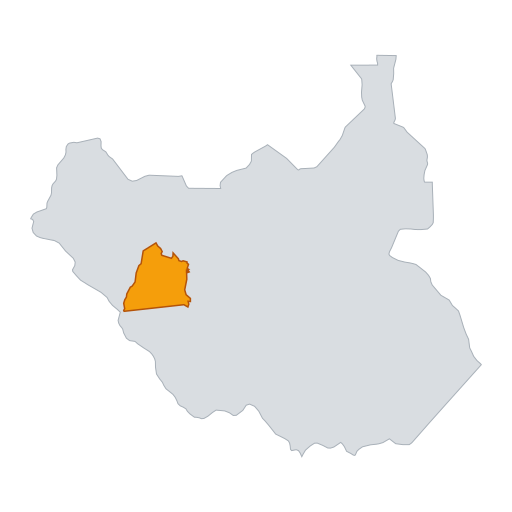 Wau, Western Bahr el Ghazal, South Sudan shown in context
{"feature_id": "79223893B74023037447504", "entity_name": "Wau", "entity_type": "district", "adm_level": 2, "iso_a3": "SSD", "parent_name": "South Sudan", "parent_adm1": "Western Bahr el Ghazal", "projection": "robinson", "projection_center": [27.449, 7.398], "detail": "fine", "context": "in_parent", "style": "filled", "palette": "amber", "viewbox_px": 512, "rotation_deg": 0, "n_neighbors": 0, "source": "geoboundaries", "source_scale": "gbopen_adm2", "svg_char_len": 4286}
<svg xmlns="http://www.w3.org/2000/svg" viewBox="0 0 512 512"><path d="M429.0,423.2L412.5,442.0L411.4,443.1L409.3,444.6L402.6,444.6L395.7,443.7L389.4,438.8L382.9,442.6L378.8,443.8L376.4,444.2L370.6,444.8L362.5,446.8L358.9,449.3L356.9,451.3L355.3,455.0L354.4,455.4L353.0,454.9L350.9,453.5L346.6,451.3L344.4,446.7L342.4,443.9L340.7,442.4L333.9,447.0L330.5,448.1L327.8,448.0L322.8,445.4L317.3,443.1L314.5,443.2L310.3,445.9L305.5,450.1L303.0,454.3L301.8,456.7L300.1,452.9L298.5,450.6L296.2,449.7L291.6,450.6L290.5,449.3L290.2,446.0L289.6,443.1L288.4,440.9L284.8,438.6L275.7,434.1L268.6,425.1L265.1,421.0L262.5,418.3L258.8,411.2L254.6,406.3L249.6,404.1L246.2,405.2L242.8,410.4L236.3,415.3L233.3,415.5L229.5,412.8L224.7,410.9L216.1,410.1L212.6,412.4L207.9,416.2L204.0,418.4L201.5,418.7L199.3,417.8L196.7,417.3L194.4,417.2L189.8,413.8L187.4,411.3L185.9,408.8L183.3,407.2L180.2,405.8L178.0,403.7L177.0,401.0L175.3,397.5L173.0,394.4L166.0,388.8L163.9,385.5L162.4,382.3L159.6,378.8L156.5,374.0L155.5,367.1L155.4,361.5L154.7,358.9L153.4,356.3L151.9,354.1L149.5,351.6L143.8,348.0L137.8,343.9L135.0,341.4L129.6,340.6L126.4,338.2L123.7,333.0L122.6,328.8L119.9,325.5L118.7,323.1L118.1,320.4L120.3,312.2L117.1,309.2L112.5,305.4L109.1,301.3L107.1,297.5L101.1,292.4L88.1,284.9L80.5,280.1L76.4,275.7L72.8,271.5L72.5,269.8L74.8,265.6L75.2,262.1L73.3,258.3L65.5,251.0L59.2,243.1L54.5,240.6L43.2,238.4L39.9,237.5L36.5,236.0L33.2,232.5L32.0,228.2L33.7,221.5L32.6,219.4L30.7,218.8L31.3,217.4L33.4,214.1L36.9,212.0L46.3,208.7L46.8,207.4L47.0,203.1L47.8,201.1L51.0,195.2L51.5,192.9L51.6,187.9L52.1,185.6L53.0,183.9L55.6,181.0L56.5,179.2L56.9,175.4L56.6,167.8L57.9,164.9L63.8,158.0L65.4,154.9L66.0,152.2L65.9,149.4L66.3,146.6L68.0,144.0L69.5,143.1L73.9,142.3L76.9,142.8L97.6,138.1L100.0,138.8L101.1,141.6L101.0,146.0L101.3,148.2L102.5,149.7L105.8,151.8L108.0,155.3L109.2,156.6L112.6,159.0L128.0,179.3L132.3,181.2L136.6,180.5L144.9,176.3L149.1,175.2L178.5,176.4L181.8,175.8L182.0,175.9L186.4,186.0L188.6,188.3L220.7,188.5L220.1,185.6L220.5,182.3L226.2,176.1L227.0,175.4L231.9,172.4L236.8,170.4L246.1,168.1L249.5,164.5L251.4,161.1L251.5,154.5L252.7,153.4L254.9,151.9L265.7,146.0L267.5,144.7L286.6,158.4L297.3,169.3L298.0,169.8L298.5,170.0L299.1,169.7L299.6,169.2L300.9,168.7L305.4,168.5L314.1,168.0L316.9,166.7L334.3,147.3L338.7,141.1L339.8,139.9L342.3,135.5L344.9,127.9L345.4,127.0L364.4,108.9L365.0,107.4L365.2,106.3L362.3,100.2L361.7,97.1L361.5,92.3L362.1,84.8L361.8,80.1L361.6,78.9L361.4,78.6L350.8,65.2L377.6,65.1L377.6,63.4L377.5,62.9L377.0,61.3L376.7,59.1L376.7,58.0L376.9,56.9L376.9,56.3L376.8,55.7L376.9,55.3L396.2,55.6L395.9,59.3L393.6,68.2L393.7,73.6L393.2,79.6L392.5,81.5L391.6,82.9L391.2,83.6L391.2,84.3L395.4,118.4L395.1,119.8L394.1,121.9L393.8,122.6L393.7,123.2L394.2,123.6L403.1,127.2L403.5,127.5L403.9,127.8L407.1,132.2L424.7,148.3L425.3,149.1L427.1,154.2L427.3,155.0L427.4,156.2L427.4,157.2L426.9,160.2L427.1,161.6L427.4,162.5L427.6,163.5L427.6,163.8L427.5,164.6L424.9,170.5L424.1,174.6L423.8,178.2L424.0,180.2L424.3,181.5L424.5,182.0L424.8,182.2L432.3,182.2L432.3,184.1L433.4,214.9L433.4,218.3L433.2,222.7L432.3,224.4L430.1,226.8L427.5,229.0L420.7,229.6L415.0,229.5L411.0,229.0L405.5,228.8L400.3,229.3L398.4,231.2L391.6,247.6L389.5,251.7L388.9,254.0L389.6,255.5L392.3,257.5L398.1,260.4L404.9,262.1L409.9,262.9L413.3,263.7L416.0,264.5L425.6,272.0L428.6,275.4L430.4,278.5L430.8,281.7L432.2,285.0L440.9,295.3L449.2,300.1L452.4,305.5L455.5,308.2L458.5,311.0L460.0,315.3L463.7,327.6L466.1,334.0L468.6,339.3L469.7,347.9L471.6,351.7L473.7,356.4L477.0,360.6L480.6,363.8L481.3,364.7L445.4,404.8L429.0,423.2Z" fill="#d9dde1" stroke="#a8b0b8" stroke-width="1"/><path d="M143.2,250.9L141.1,263.7L138.9,265.6L136.2,272.9L135.1,281.9L132.2,286.1L130.3,287.2L126.8,293.9L126.4,297.1L124.8,299.7L123.7,303.3L124.7,308.7L123.7,310.4L124.1,311.3L149.5,308.5L183.9,304.7L187.9,307.0L188.8,304.2L188.1,301.3L190.4,301.5L190.4,298.4L186.1,294.7L184.7,289.8L186.8,279.3L186.6,272.9L189.2,271.9L188.3,270.6L186.5,271.5L186.5,270.0L188.6,269.3L187.2,268.4L188.5,264.3L187.1,263.2L187.0,261.9L183.1,260.8L181.5,261.5L178.9,260.6L178.4,258.8L173.1,252.9L172.9,256.3L171.4,258.3L161.8,255.3L161.2,253.5L162.2,251.6L160.6,248.5L157.7,246.0L156.0,242.9L143.2,250.9Z" fill="#f59e0b" stroke="#b45309" stroke-width="1.5"/></svg>